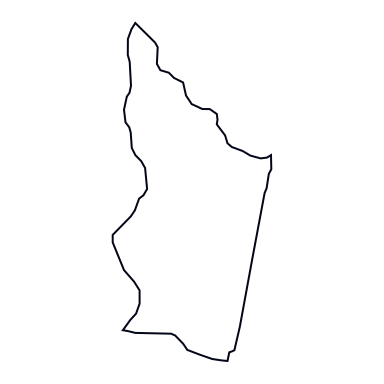 Río Blanco, San Marcos, Guatemala (Mercator projection)
{"feature_id": "79465075B55305987595848", "entity_name": "Río Blanco", "entity_type": "district", "adm_level": 2, "iso_a3": "GTM", "parent_name": "Guatemala", "parent_adm1": "San Marcos", "projection": "mercator", "projection_center": [-91.688, 15.047], "detail": "fine", "context": "isolated", "style": "outline", "palette": "ink", "viewbox_px": 384, "rotation_deg": 0, "n_neighbors": 0, "source": "geoboundaries", "source_scale": "gbopen_adm2", "svg_char_len": 986}
<svg xmlns="http://www.w3.org/2000/svg" viewBox="0 0 384 384"><path d="M135.3,23.0L131.5,29.1L127.9,39.0L127.8,55.0L129.7,61.8L131.0,85.8L129.5,92.8L126.8,96.7L124.0,109.7L125.5,122.3L129.3,127.4L130.7,132.5L131.8,148.0L135.4,155.2L141.2,161.1L145.1,168.0L147.1,189.0L143.5,195.2L139.1,198.6L134.9,210.3L130.8,216.4L112.7,234.9L112.7,242.4L124.0,270.1L134.1,281.7L139.6,290.4L139.6,303.6L136.1,313.6L130.4,319.8L122.9,330.2L128.4,331.2L135.3,332.9L171.1,333.7L175.2,335.5L183.2,343.8L187.3,349.9L192.5,351.9L200.7,355.0L212.2,359.0L220.9,360.3L227.5,361.0L229.3,352.3L231.7,351.5L234.4,350.2L239.8,326.9L252.1,259.9L264.6,193.1L266.6,188.3L268.8,174.0L271.3,169.2L271.0,155.1L267.0,157.6L260.7,158.4L250.4,155.6L242.6,151.0L231.8,147.0L227.5,143.3L225.1,135.4L216.8,124.4L217.5,119.6L216.8,114.0L209.8,109.1L202.3,109.0L191.7,104.1L186.0,95.5L183.1,82.5L174.1,78.0L168.8,72.7L160.4,70.2L156.9,63.9L157.7,47.2L155.0,42.5L135.3,23.0Z" fill="none" stroke="#020617" stroke-width="2"/></svg>